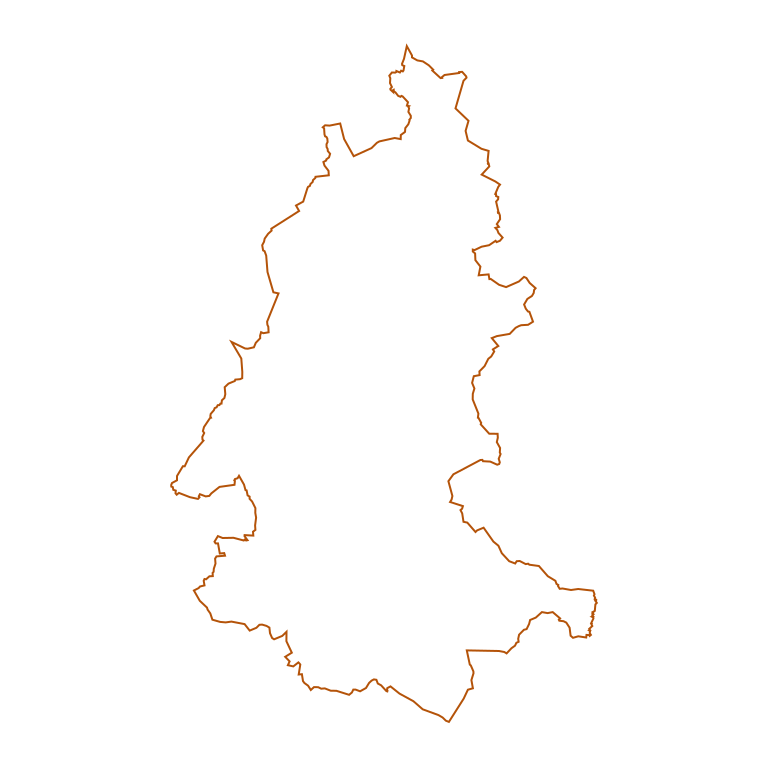 Portlaoise Lea-7, Laoighis, Ireland (Albers equal-area conic projection)
{"feature_id": "5873133B8866665595403", "entity_name": "Portlaoise Lea-7", "entity_type": "district", "adm_level": 2, "iso_a3": "IRL", "parent_name": "Ireland", "parent_adm1": "Laoighis", "projection": "albers", "projection_center": [-7.298, 52.987], "detail": "fine", "context": "isolated", "style": "outline", "palette": "amber", "viewbox_px": 768, "rotation_deg": 0, "n_neighbors": 0, "source": "geoboundaries", "source_scale": "gbopen_adm2", "svg_char_len": 6081}
<svg xmlns="http://www.w3.org/2000/svg" viewBox="0 0 768 768"><path d="M349.1,694.8L351.9,692.5L353.3,689.6L355.6,689.6L360.1,691.3L366.0,688.0L369.1,682.9L371.6,680.6L373.9,679.4L376.4,679.8L377.8,683.5L381.1,685.3L386.4,691.1L387.3,691.4L387.5,690.6L387.0,689.7L387.3,688.1L390.5,686.4L399.5,693.6L413.4,701.2L422.7,709.3L438.5,715.1L442.6,717.5L445.9,720.7L448.9,721.9L463.7,698.6L467.9,689.7L472.9,688.3L471.4,680.1L473.5,673.3L473.4,671.4L470.8,665.4L469.8,664.6L466.8,650.4L499.0,651.0L504.3,652.0L506.6,653.4L511.5,648.2L515.0,645.7L516.4,642.8L518.6,641.8L518.2,638.8L519.1,634.7L523.9,629.8L526.6,629.1L529.1,624.0L530.1,620.0L535.8,617.6L541.9,612.1L547.6,613.1L552.7,612.1L560.1,618.4L558.8,619.7L559.3,620.7L563.5,621.2L566.3,622.6L569.6,627.7L570.6,635.7L573.0,637.8L578.3,636.3L586.2,637.5L586.5,634.9L589.3,635.1L589.7,635.9L590.9,634.9L589.7,633.0L590.1,631.2L589.2,630.5L590.1,630.2L589.2,628.9L592.3,626.0L591.5,624.5L591.8,623.8L591.1,623.4L593.4,618.5L593.3,617.5L592.0,616.8L593.2,616.4L592.3,615.2L593.4,614.3L592.5,613.6L593.1,612.9L592.5,612.2L594.8,610.9L595.4,604.4L596.8,602.9L595.4,600.9L596.1,600.7L596.2,599.7L594.7,599.1L595.1,597.6L593.9,595.6L594.5,594.2L593.2,590.7L578.2,589.0L571.0,590.0L562.5,588.5L559.7,588.8L558.0,586.0L558.3,585.0L556.5,583.9L555.4,580.8L547.8,576.2L538.9,566.0L529.3,564.7L528.2,563.7L525.7,564.1L519.7,561.0L516.7,561.2L515.2,563.5L509.2,561.2L501.8,553.2L498.4,545.7L493.4,541.6L483.6,527.7L477.1,530.4L475.5,532.0L467.3,522.6L463.5,521.8L462.2,513.4L460.5,510.1L462.1,508.7L462.9,506.1L450.1,502.0L451.6,499.5L452.4,496.0L448.4,481.2L453.4,474.3L480.4,460.0L482.4,459.9L483.0,461.2L490.3,461.6L497.2,464.7L499.2,464.0L499.8,462.3L498.7,458.8L500.6,454.0L499.8,452.6L500.1,448.0L496.8,442.1L497.8,437.8L497.6,433.8L489.2,433.7L480.7,424.3L481.2,422.9L478.5,417.9L477.9,417.7L478.4,413.6L472.7,399.4L472.8,393.8L474.4,388.5L472.1,382.9L473.8,376.2L479.6,375.1L479.4,371.4L484.6,366.1L488.3,358.8L491.2,356.5L494.2,351.5L492.9,349.4L498.3,346.0L491.8,338.1L496.9,336.1L509.7,333.9L515.6,327.8L518.8,326.1L521.2,325.2L528.1,324.8L533.0,321.7L529.4,311.8L528.0,311.5L525.8,308.7L524.1,304.5L527.4,298.9L532.0,295.9L533.7,293.0L534.1,290.0L535.6,288.2L529.7,283.0L526.4,278.0L524.0,276.9L518.9,281.5L506.1,287.1L499.1,284.8L490.8,279.0L489.4,279.1L488.6,274.4L478.7,275.3L480.4,266.6L475.4,260.2L475.1,253.4L472.8,251.5L472.8,249.6L474.5,250.1L481.6,246.7L489.1,245.2L495.6,240.8L496.6,242.1L499.9,240.8L502.6,237.6L498.4,232.9L497.4,230.1L495.4,227.9L498.9,226.9L496.8,224.1L500.1,219.2L499.9,215.4L499.0,213.0L498.0,212.9L497.9,212.2L498.5,212.1L496.1,201.6L498.1,199.3L498.3,197.0L496.1,196.1L496.0,194.0L495.3,193.9L498.3,186.8L500.0,184.6L495.4,181.5L481.7,174.6L489.3,166.4L488.7,163.9L487.1,163.8L488.5,163.3L487.6,161.0L488.6,150.9L481.5,148.8L467.9,140.5L465.6,130.9L468.5,120.8L455.5,108.4L463.5,80.8L466.5,77.7L466.2,76.4L462.2,71.9L461.4,71.9L459.1,72.1L459.2,73.0L444.5,75.0L442.0,77.1L442.2,77.9L440.6,78.1L432.3,70.5L433.2,69.7L428.8,65.3L422.9,61.4L417.3,60.4L412.0,57.4L412.0,55.5L406.8,46.1L404.0,58.8L402.0,63.9L402.3,65.2L404.3,66.0L403.5,70.5L402.8,71.4L401.1,70.7L399.9,72.5L396.4,71.0L396.3,72.0L395.3,72.6L391.9,72.5L389.3,75.7L390.3,78.2L390.0,83.1L391.9,87.0L390.3,88.9L390.5,89.7L392.7,91.7L392.4,90.6L393.7,89.8L393.9,91.5L395.4,92.3L398.2,95.9L400.5,96.8L401.4,95.9L402.6,96.4L408.0,102.2L406.9,105.6L408.9,106.1L408.2,106.6L409.1,108.3L408.4,111.9L410.8,115.8L410.8,118.0L409.3,119.8L409.6,120.6L408.3,124.3L405.3,128.1L405.0,131.9L400.8,135.0L400.7,139.1L394.7,138.0L379.4,141.4L376.9,142.8L371.5,148.1L353.7,156.2L344.1,139.0L340.2,123.5L329.6,125.6L325.1,125.3L322.8,127.3L324.1,128.3L324.5,134.4L325.1,136.3L326.4,136.9L327.3,138.5L327.6,142.0L326.5,144.2L326.6,147.1L327.6,148.9L327.8,151.0L330.1,153.8L329.0,157.4L326.3,159.4L326.2,160.5L323.4,162.0L324.5,165.6L328.5,170.8L328.8,175.3L315.5,176.8L315.3,178.0L313.0,180.1L312.7,181.9L310.4,184.1L309.9,185.9L308.1,186.8L307.4,188.2L303.2,201.6L296.0,205.5L299.1,211.0L271.3,228.7L271.6,230.6L268.1,233.8L264.7,238.6L264.0,241.8L262.2,245.2L263.1,250.4L264.6,251.2L266.2,255.6L267.5,272.0L273.4,292.3L278.5,293.4L267.1,321.7L267.4,324.8L268.3,326.7L268.6,332.3L263.3,333.2L261.1,332.2L260.1,335.7L260.2,338.2L255.8,342.8L253.9,347.3L247.8,348.7L245.1,348.5L231.5,341.9L241.3,358.5L242.3,371.9L242.2,378.2L240.0,379.2L235.3,379.6L234.8,381.0L228.5,383.6L224.7,387.2L225.3,394.2L224.4,398.0L221.9,400.3L221.5,403.6L220.4,403.6L219.4,405.1L217.7,405.2L216.6,407.3L214.7,408.1L213.9,410.2L210.7,413.9L210.3,416.2L211.0,417.7L210.1,417.9L204.0,427.0L202.9,431.1L204.2,433.0L202.3,436.9L202.5,439.7L203.5,440.6L188.9,457.4L184.7,466.3L182.9,466.2L177.0,476.0L177.0,480.3L172.0,483.0L171.2,485.0L171.3,486.6L172.8,487.1L173.3,489.8L175.8,490.6L175.5,493.3L176.7,494.7L178.9,492.9L190.0,497.2L198.0,498.9L199.5,497.3L198.8,496.3L199.9,494.2L205.7,496.4L209.3,495.9L211.3,493.4L219.5,486.9L234.5,484.8L234.9,480.9L234.3,480.4L234.9,479.1L237.6,478.2L239.0,475.8L244.0,484.6L245.5,490.1L246.6,490.4L247.6,495.4L249.6,496.6L249.6,498.8L252.1,501.5L255.4,508.1L255.3,512.9L256.1,517.6L255.1,525.4L255.4,529.9L253.0,531.7L253.3,535.6L244.6,535.1L244.5,536.1L247.5,540.2L246.1,540.5L244.6,539.6L243.8,540.5L233.5,537.8L222.6,538.0L217.9,536.1L214.5,541.7L215.6,543.4L218.0,543.4L219.8,553.5L224.2,553.1L225.0,555.7L216.5,556.4L215.1,558.6L215.5,563.6L213.8,568.8L213.6,571.8L212.6,572.9L212.8,576.1L209.4,576.3L206.1,579.3L204.5,579.0L203.7,580.8L204.5,585.4L200.0,586.5L198.6,588.1L193.9,590.5L199.8,600.8L207.0,607.6L207.6,609.6L210.3,613.4L212.4,619.7L220.1,621.9L225.7,622.4L231.4,621.6L244.6,624.1L249.7,630.6L256.4,627.8L259.4,624.8L262.1,624.6L266.5,625.9L269.4,627.6L270.0,633.2L272.1,638.0L274.1,639.3L282.3,635.9L286.5,631.8L286.4,641.2L291.8,652.7L285.2,656.8L289.6,661.4L287.9,665.2L293.3,666.4L298.4,662.4L299.2,663.2L300.3,664.5L298.7,674.5L301.9,674.2L303.0,681.1L304.4,683.0L308.1,685.7L310.8,690.0L314.0,687.1L318.2,687.2L321.2,688.7L324.8,688.4L330.7,690.7L336.4,690.8L349.1,694.8Z" fill="none" stroke="#b45309" stroke-width="2"/></svg>